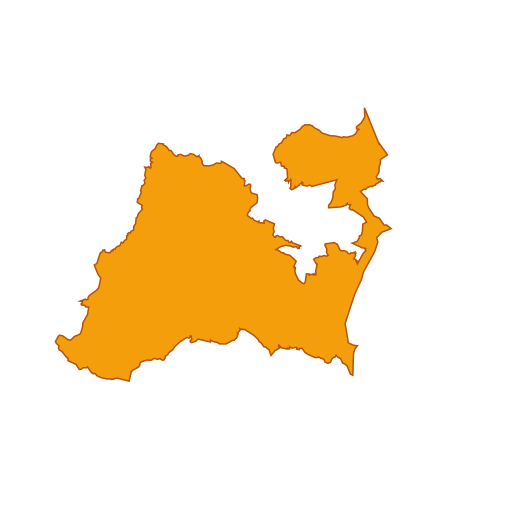 outline of Zapotitlán, Puebla, Mexico, rotated 207°
{"feature_id": "50627088B75736372567986", "entity_name": "Zapotitlán", "entity_type": "district", "adm_level": 2, "iso_a3": "MEX", "parent_name": "Mexico", "parent_adm1": "Puebla", "projection": "mercator", "projection_center": [-97.535, 18.262], "detail": "fine", "context": "isolated", "style": "filled", "palette": "amber", "viewbox_px": 512, "rotation_deg": 207, "n_neighbors": 0, "source": "geoboundaries", "source_scale": "gbopen_adm2", "svg_char_len": 6124}
<svg xmlns="http://www.w3.org/2000/svg" viewBox="0 0 512 512"><g transform="rotate(207 256 256)"><path d="M226.7,437.3L222.2,429.2L222.7,422.3L225.1,416.5L224.2,415.0L221.9,415.4L222.7,414.0L222.7,410.5L224.4,407.1L228.9,403.1L232.3,401.9L232.8,400.7L239.6,399.0L244.4,396.9L253.0,395.5L256.6,396.7L262.0,396.7L265.0,397.5L267.7,397.3L272.0,395.1L273.6,392.2L274.2,389.0L277.2,383.6L280.0,382.3L280.7,378.4L283.3,378.1L282.8,374.8L284.4,373.2L284.8,368.2L286.2,366.4L286.7,362.7L287.6,362.4L287.0,354.4L281.1,348.1L279.3,348.5L276.6,350.7L274.2,347.7L271.4,348.7L270.9,347.4L267.9,347.6L263.4,340.0L264.7,336.5L263.5,336.2L261.8,337.9L260.5,336.5L260.7,338.1L259.5,338.6L259.9,339.9L259.3,339.7L256.4,333.3L256.4,331.5L254.5,331.1L252.3,333.9L252.8,335.6L251.6,334.9L249.6,338.5L249.4,340.8L248.2,341.1L248.7,342.7L247.6,342.7L247.1,340.4L245.6,340.5L242.3,341.5L240.2,343.6L237.9,343.3L218.6,360.6L218.1,355.3L215.7,351.8L216.3,348.1L214.0,342.9L213.5,337.6L214.3,334.2L213.2,331.9L202.6,338.3L198.8,342.1L198.6,344.3L197.6,343.5L195.1,344.6L194.8,341.0L193.3,340.3L191.2,340.5L191.1,341.1L178.0,339.5L172.9,336.3L175.3,332.9L172.3,326.1L171.6,322.5L173.0,320.8L172.3,319.2L172.4,315.0L176.1,311.1L165.1,311.5L161.6,312.6L161.6,311.0L160.5,310.3L161.7,307.2L162.1,294.9L163.5,296.2L163.6,297.4L164.5,296.7L165.4,298.3L167.6,297.8L167.4,301.5L168.2,302.3L168.2,303.8L169.1,303.4L169.6,304.5L171.6,302.3L173.0,301.8L173.1,300.7L175.1,300.1L176.9,301.1L180.1,300.7L182.2,299.4L183.9,299.5L188.9,303.4L192.4,303.4L199.7,298.3L199.5,296.8L196.2,294.5L194.7,291.0L191.9,289.4L193.0,287.8L195.4,287.5L197.5,285.2L199.0,284.9L199.8,284.2L199.6,283.0L201.9,281.6L203.1,279.2L198.5,276.3L197.8,276.6L196.0,269.7L194.1,266.5L196.2,265.3L196.3,266.5L199.9,263.3L200.0,264.1L200.8,264.0L203.0,263.0L200.3,255.1L200.7,253.1L202.5,252.9L207.4,254.0L212.8,258.1L214.5,260.2L215.5,263.5L216.8,264.0L216.8,263.1L217.5,263.7L217.8,269.6L226.2,272.0L231.1,270.8L233.0,271.4L234.3,270.5L238.9,271.3L241.2,270.7L238.0,275.9L234.7,278.8L229.8,280.6L226.8,280.8L224.4,282.6L222.0,281.6L220.9,282.5L222.0,284.1L220.1,285.5L229.1,284.3L231.2,285.2L231.8,283.5L232.8,283.0L234.6,284.4L236.8,283.3L241.2,285.2L243.2,283.9L246.2,284.0L247.2,282.9L247.2,281.5L248.1,281.2L250.8,282.5L250.9,285.9L253.2,288.7L254.1,293.0L264.0,292.4L264.9,290.9L263.7,289.0L268.5,287.1L269.3,288.5L270.1,287.2L273.9,287.0L276.3,288.2L277.2,287.2L282.1,288.2L282.7,291.2L281.8,293.8L282.7,294.3L282.7,296.3L279.3,304.0L280.9,308.5L282.8,311.1L289.0,310.1L292.4,313.9L292.4,315.9L293.3,317.3L294.8,316.9L296.8,314.0L298.3,313.2L300.0,318.0L301.2,318.4L301.8,319.7L303.6,318.7L315.2,324.0L328.2,324.8L329.8,324.7L329.2,323.7L329.6,322.4L333.5,320.9L335.6,317.6L338.7,315.0L343.7,312.8L346.4,314.4L346.9,316.0L350.1,318.4L352.0,318.6L352.4,319.6L353.6,317.6L357.8,318.2L361.1,317.4L361.7,315.4L364.3,313.1L365.6,312.4L369.5,312.3L371.5,310.4L371.1,309.6L372.0,308.7L374.8,308.8L379.6,311.4L381.0,310.6L385.5,312.8L389.0,312.9L389.3,313.8L394.1,312.1L394.7,310.4L394.6,305.8L396.2,302.4L396.4,300.2L395.2,296.2L393.1,295.9L394.2,294.9L393.5,292.9L390.9,292.4L391.9,290.8L389.7,287.1L390.2,286.1L392.1,287.0L393.2,285.4L395.5,284.7L393.4,283.1L391.8,277.3L389.6,275.5L390.0,272.6L388.0,270.4L388.7,267.2L389.5,266.8L388.4,261.6L387.1,260.9L386.6,253.9L387.4,253.2L386.1,249.9L380.5,249.4L379.9,247.2L378.5,246.2L380.1,240.3L379.4,236.6L380.1,235.8L378.0,230.2L378.3,226.7L376.8,223.5L378.6,221.2L378.4,219.3L379.9,219.0L380.6,217.7L379.5,216.2L380.4,215.4L378.9,212.2L380.2,210.1L380.5,207.2L382.3,207.2L382.0,203.1L383.2,202.5L384.6,200.1L384.7,198.0L385.8,197.7L386.8,195.9L386.1,195.6L387.4,194.7L387.5,192.5L392.1,191.0L393.7,192.9L395.2,191.5L394.7,190.3L396.2,188.1L394.4,177.1L396.0,174.5L388.6,168.1L384.2,165.7L381.8,156.5L382.5,153.2L386.6,145.1L386.8,142.9L386.1,141.0L387.3,139.9L388.5,140.1L392.3,135.9L390.0,136.6L389.4,136.0L390.1,133.8L389.3,133.1L385.8,134.3L384.6,133.3L381.9,134.5L379.6,127.7L379.9,117.6L378.5,114.6L377.2,107.8L377.5,106.3L381.4,101.7L382.9,96.8L385.6,96.1L391.8,97.1L394.7,96.4L395.6,95.3L395.9,88.8L394.1,87.4L390.9,86.7L390.1,84.1L388.7,83.0L386.0,83.0L378.8,79.7L377.1,79.6L376.0,77.4L367.2,77.7L361.9,74.7L360.4,75.8L359.2,78.0L356.3,79.4L355.9,80.7L349.5,77.3L348.4,77.7L347.7,77.1L345.8,78.3L343.7,77.1L338.6,77.3L332.6,78.9L329.8,80.6L328.9,80.3L326.6,81.9L326.0,83.2L323.5,84.3L312.2,86.9L314.6,96.0L313.9,98.4L310.2,103.8L310.0,106.1L310.8,108.0L310.2,109.6L306.2,113.6L301.8,115.7L300.4,118.4L296.4,119.4L295.2,121.0L292.4,120.6L291.0,121.3L290.6,123.3L291.3,125.8L289.8,128.0L290.0,129.8L287.6,134.8L287.2,138.5L285.0,144.5L280.7,151.9L277.9,152.7L278.4,155.0L277.3,155.2L275.4,152.7L276.1,150.8L275.7,149.7L274.4,149.4L271.0,152.6L270.0,155.6L257.6,158.7L258.4,160.6L256.2,160.2L250.8,161.4L248.7,161.1L242.8,164.0L238.6,170.2L237.3,170.9L236.1,174.1L236.5,178.4L237.5,178.9L236.5,182.8L237.5,184.1L235.4,184.1L232.8,185.4L222.2,184.4L216.6,182.8L214.1,181.1L211.6,180.8L207.8,178.7L205.7,179.3L201.6,178.2L197.5,174.1L196.1,180.2L193.0,185.1L195.2,185.8L195.3,187.0L191.4,185.8L186.5,187.1L186.3,188.1L185.3,187.6L185.2,188.4L183.9,188.5L185.0,190.4L182.2,190.2L177.8,193.5L178.6,192.6L177.7,192.6L177.5,191.5L175.0,192.1L175.3,193.4L172.9,194.6L168.8,192.4L165.1,192.0L157.9,192.2L154.9,193.5L154.4,194.5L151.7,194.2L149.9,194.8L147.7,194.2L146.2,192.8L143.2,193.0L141.3,195.2L141.7,198.4L140.9,200.8L139.7,201.8L139.6,204.0L137.0,202.9L134.2,203.0L130.1,199.9L127.5,200.1L124.7,199.2L118.3,193.6L115.6,193.7L124.7,213.1L125.7,217.7L124.9,222.0L129.3,220.6L134.3,220.6L145.9,236.2L150.8,267.0L151.4,283.3L153.0,290.4L152.2,313.5L153.8,323.9L156.8,326.9L154.7,334.3L148.0,341.7L153.8,342.9L155.9,341.7L163.3,345.7L169.0,345.2L176.9,349.8L179.9,352.3L182.8,357.5L192.2,360.9L190.2,364.4L188.6,365.2L187.7,367.8L185.0,370.4L183.6,370.7L183.5,371.9L181.7,373.3L181.8,374.9L180.4,376.2L180.2,377.8L179.1,378.3L179.2,379.2L177.1,380.3L180.5,381.3L182.8,379.6L184.8,381.3L184.5,386.7L186.9,391.5L187.0,394.2L188.9,398.5L184.8,405.8L196.9,412.1L196.4,411.0L226.7,437.3Z" fill="#f59e0b" stroke="#b45309" stroke-width="1.5"/></g></svg>